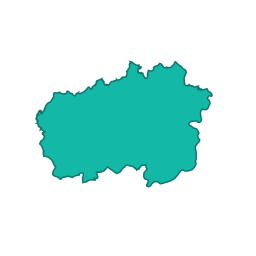 Huautla, Hidalgo, Mexico (orthographic projection), rotated 56°
{"feature_id": "50627088B43325373154771", "entity_name": "Huautla", "entity_type": "district", "adm_level": 2, "iso_a3": "MEX", "parent_name": "Mexico", "parent_adm1": "Hidalgo", "projection": "orthographic", "projection_center": [-98.258, 21.039], "detail": "fine", "context": "isolated", "style": "filled", "palette": "teal", "viewbox_px": 256, "rotation_deg": 56, "n_neighbors": 0, "source": "geoboundaries", "source_scale": "gbopen_adm2", "svg_char_len": 5730}
<svg xmlns="http://www.w3.org/2000/svg" viewBox="0 0 256 256"><g transform="rotate(56 128 128)"><path d="M76.6,201.4L77.6,200.8L77.8,200.3L79.7,200.6L79.9,200.1L80.5,201.6L80.9,200.6L84.6,199.1L84.8,199.8L84.5,200.1L84.9,200.7L84.9,201.2L84.3,201.1L84.2,201.5L84.9,202.2L85.8,202.3L86.3,201.9L88.2,201.9L90.2,204.7L90.2,207.7L91.8,210.1L94.7,209.5L96.9,210.2L99.8,210.7L100.2,211.3L100.8,211.1L101.3,212.2L101.8,212.1L102.4,212.8L102.8,213.1L103.6,213.0L104.4,213.6L104.9,212.8L107.2,210.6L108.2,210.1L111.2,209.2L113.2,209.2L117.3,209.9L118.9,210.0L120.0,209.8L121.7,213.7L123.0,215.2L124.4,216.3L124.9,216.4L126.6,215.8L129.5,213.5L132.5,212.9L132.8,211.8L132.6,211.8L132.3,211.2L132.4,209.9L133.6,207.5L133.7,206.3L134.2,205.0L136.9,202.4L137.7,202.1L138.2,198.9L138.0,198.2L139.7,194.8L139.2,194.4L139.0,193.8L138.8,192.6L138.9,192.0L139.1,191.7L140.2,190.7L141.0,190.6L143.2,192.3L143.9,193.5L145.7,194.7L147.1,195.2L148.0,195.9L148.3,194.6L149.3,193.2L149.4,190.6L149.9,188.1L152.8,184.5L152.5,184.2L151.0,184.0L152.6,181.7L151.7,180.5L151.4,180.5L150.9,180.0L150.0,179.7L147.4,179.3L147.5,177.6L148.4,177.1L148.7,176.3L149.2,175.6L149.5,174.7L149.1,174.3L150.1,172.0L150.1,171.5L149.7,170.6L149.7,169.6L148.8,166.8L159.3,162.9L159.6,162.3L159.8,160.7L160.1,159.4L159.7,158.3L159.4,158.2L159.7,157.6L158.8,156.3L158.8,154.8L158.3,154.5L158.3,153.8L158.5,153.4L158.3,152.7L158.4,152.1L157.9,151.8L157.8,151.4L158.3,149.5L158.6,148.9L160.0,148.2L160.2,147.7L161.1,147.0L162.0,145.7L162.8,145.4L164.2,145.2L165.3,144.5L167.8,144.3L167.5,143.3L167.7,142.7L168.1,142.3L168.1,142.0L167.7,141.3L167.4,140.1L166.8,138.5L166.4,138.0L168.0,135.3L168.0,134.5L168.4,134.1L170.6,134.9L172.5,135.1L173.6,137.4L173.8,139.0L174.1,139.8L177.1,142.1L178.5,142.5L179.6,142.5L181.6,140.8L183.3,140.7L184.0,141.3L185.6,144.3L186.2,144.8L186.8,144.8L188.0,143.9L188.5,143.0L188.5,141.4L187.5,139.6L187.1,136.4L188.5,134.2L189.3,133.4L192.3,132.5L193.4,129.8L194.2,126.9L194.8,125.4L195.4,122.4L195.8,121.6L195.9,117.5L194.8,113.2L193.2,109.1L193.0,107.9L193.1,106.8L193.7,105.7L195.2,105.1L197.0,102.7L198.3,98.6L198.3,97.1L197.5,94.7L196.5,92.6L195.7,91.6L195.2,91.2L194.2,91.3L193.8,91.2L192.2,89.3L190.9,88.2L185.8,84.8L184.1,84.2L181.0,82.7L180.0,80.2L179.3,77.4L178.5,75.5L177.7,75.2L175.6,75.3L173.8,74.8L173.1,74.4L172.8,74.0L172.0,72.1L169.7,71.7L167.2,71.7L166.0,72.5L165.9,72.8L164.0,73.9L161.9,74.5L159.4,75.6L158.5,75.4L157.8,73.6L158.0,71.6L160.1,67.8L160.9,67.0L161.5,67.1L162.5,66.7L162.9,66.2L163.3,65.6L163.3,64.2L162.9,63.2L162.0,62.2L160.2,61.8L155.4,59.1L154.3,57.6L153.9,56.6L153.9,56.0L154.9,55.2L156.7,52.5L156.1,50.3L154.9,48.7L153.8,46.5L153.4,46.2L150.8,45.3L148.5,45.8L148.0,45.7L147.4,45.1L146.6,43.4L146.7,42.8L147.2,41.9L148.1,41.4L148.3,40.9L148.3,40.4L147.4,39.8L146.8,39.6L144.8,39.7L144.0,40.0L142.0,41.0L139.7,40.6L138.3,44.4L137.6,45.5L136.8,45.2L136.6,45.4L137.0,46.6L136.9,46.9L136.3,46.9L135.9,46.4L134.7,46.6L134.7,47.1L135.4,48.2L135.0,48.3L133.8,47.7L132.7,46.2L131.8,48.0L131.8,48.8L131.6,49.3L130.9,50.3L128.7,51.3L128.7,52.0L127.8,52.4L127.3,53.0L126.7,52.9L126.1,53.0L126.2,54.3L126.6,54.9L123.8,57.1L122.6,56.0L122.4,56.1L117.9,53.6L114.4,48.5L112.4,47.9L110.4,48.7L109.2,49.5L107.3,49.3L104.5,50.5L102.0,51.2L99.6,51.6L99.6,52.5L100.4,53.4L100.9,54.6L101.7,58.6L101.6,59.2L101.2,59.5L100.2,61.6L99.2,61.8L99.5,62.2L98.7,63.7L98.3,64.2L97.3,64.6L95.5,64.4L93.3,64.8L92.3,65.6L92.2,65.8L92.9,68.4L92.0,71.2L92.1,73.0L92.3,73.2L93.0,73.2L93.5,73.6L94.2,75.7L93.5,77.4L91.9,78.6L91.7,79.0L94.6,82.0L95.5,82.3L96.1,83.0L97.3,84.8L96.9,85.5L95.8,85.9L92.1,85.8L91.3,85.5L91.1,85.1L90.3,85.7L89.9,85.7L89.6,86.0L89.5,86.3L90.0,87.0L88.9,87.8L88.8,87.4L87.5,88.4L87.2,88.1L87.1,88.6L84.6,86.5L85.1,85.9L84.6,85.5L85.2,85.1L84.8,84.8L85.4,84.4L85.2,84.2L85.4,83.7L84.7,83.5L85.1,83.3L84.8,83.0L84.4,83.4L82.8,84.2L82.6,84.7L81.9,83.9L81.6,84.7L80.4,86.0L77.7,87.3L75.7,87.8L74.3,89.1L75.8,89.0L75.2,90.0L76.1,91.4L78.6,92.7L78.9,93.3L79.2,94.8L79.8,95.4L80.2,96.4L80.1,97.0L80.3,97.4L82.0,98.0L83.4,99.4L84.6,101.2L82.9,103.9L83.6,105.0L82.8,105.3L83.5,106.6L83.4,107.4L82.5,110.0L82.2,110.3L81.8,110.2L81.6,110.5L81.3,110.5L81.8,110.9L81.8,112.3L81.3,112.7L81.1,114.2L80.2,115.9L81.7,120.4L81.1,120.4L81.0,121.4L80.3,121.3L80.2,121.8L79.7,121.7L79.3,122.7L79.1,122.7L79.1,123.0L77.9,123.1L76.9,122.6L76.6,122.3L76.4,122.4L76.0,122.0L75.3,122.6L74.5,122.1L74.1,122.7L73.5,122.3L73.3,122.6L72.9,122.4L73.0,122.6L73.6,122.7L72.3,123.1L72.2,124.5L71.7,126.6L72.1,128.2L71.9,128.2L73.5,129.7L73.4,129.9L73.5,130.5L74.0,130.6L74.1,130.8L74.3,131.2L74.0,131.3L73.8,131.9L74.2,132.7L74.0,132.9L74.0,134.6L75.0,135.6L75.3,136.9L72.2,137.5L72.2,139.0L72.9,141.1L73.3,144.0L73.3,145.8L72.8,147.2L72.9,147.8L72.6,148.6L71.6,149.7L71.1,149.8L70.9,149.5L71.0,151.1L70.5,151.4L71.8,153.8L70.6,154.8L69.8,155.2L68.6,155.0L67.8,155.3L67.6,156.2L64.3,157.0L63.5,157.7L64.5,159.2L64.8,160.2L64.7,160.8L64.2,161.1L63.9,161.9L62.8,163.6L62.3,163.7L61.5,164.4L60.5,164.5L59.8,165.1L59.6,166.7L59.2,167.5L58.1,168.6L57.8,169.3L57.7,170.0L58.0,170.5L60.6,172.2L62.2,176.1L63.0,177.3L63.0,177.7L62.6,179.5L62.6,180.5L63.2,183.1L63.9,184.4L64.8,184.8L64.9,185.8L65.5,186.7L65.9,186.5L67.1,188.9L66.9,189.6L67.8,191.0L67.5,191.1L67.8,191.7L66.1,191.8L66.2,190.8L65.2,191.1L65.2,190.7L64.5,191.4L64.3,191.3L64.3,191.8L64.6,191.7L64.8,192.5L64.6,193.1L65.9,194.4L65.7,195.2L66.2,195.5L66.5,195.0L66.8,194.9L66.2,195.9L66.4,196.5L67.0,196.3L67.3,196.6L67.2,196.6L67.3,196.9L68.0,197.4L68.1,198.1L68.6,198.7L69.0,198.6L69.5,199.3L69.8,199.2L70.1,198.7L71.2,199.2L71.7,198.7L72.2,199.1L72.2,199.8L73.4,200.3L73.2,200.9L73.8,200.5L74.9,200.4L75.8,200.9L76.0,200.8L76.6,201.4Z" fill="#14b8a6" stroke="#0f766e" stroke-width="1.5"/></g></svg>